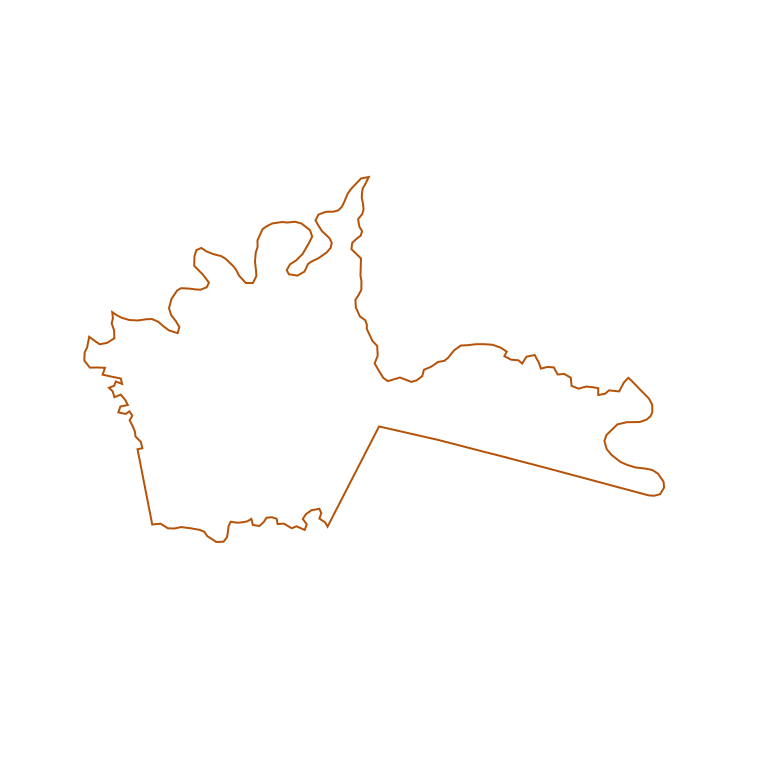 the district of São João, Paraná, Brazil, rotated 105°
{"feature_id": "56859067B79331660525337", "entity_name": "São João", "entity_type": "district", "adm_level": 2, "iso_a3": "BRA", "parent_name": "Brazil", "parent_adm1": "Paraná", "projection": "robinson", "projection_center": [-52.816, -25.741], "detail": "fine", "context": "isolated", "style": "outline", "palette": "amber", "viewbox_px": 768, "rotation_deg": 105, "n_neighbors": 0, "source": "geoboundaries", "source_scale": "gbopen_adm2", "svg_char_len": 3364}
<svg xmlns="http://www.w3.org/2000/svg" viewBox="0 0 768 768"><g transform="rotate(105 384 384)"><path d="M536.4,401.6L426.3,377.8L424.0,317.1L423.6,269.4L423.4,256.9L423.3,237.8L423.1,208.4L423.1,99.7L422.0,94.1L419.0,88.8L411.7,86.7L406.3,88.5L399.7,96.0L397.6,102.9L398.1,109.8L399.5,119.5L399.2,128.3L398.1,135.2L393.8,145.6L389.3,152.0L381.9,156.4L375.6,155.9L362.6,148.1L358.1,139.7L354.5,127.0L350.3,121.0L346.0,118.2L341.7,117.5L334.6,119.6L329.4,124.4L324.0,133.7L317.0,145.3L314.8,149.6L320.5,152.7L325.3,153.8L330.3,154.9L331.9,165.0L336.2,167.9L339.2,174.2L332.6,176.0L333.1,181.8L334.2,188.2L338.1,194.8L337.3,202.3L329.6,205.2L327.6,212.6L329.9,218.7L324.0,224.3L325.3,230.7L328.5,236.4L323.0,240.2L317.0,246.0L320.8,253.5L328.5,255.8L326.3,260.3L327.6,267.4L326.0,274.9L321.0,273.8L318.7,280.6L318.0,289.4L319.6,297.4L321.7,305.3L325.1,313.9L326.9,319.7L333.3,325.0L342.0,328.8L346.0,331.7L348.7,337.5L355.2,343.0L359.9,349.1L366.5,349.1L372.0,353.4L374.9,358.1L373.6,370.3L380.2,381.0L378.3,386.2L373.6,391.3L366.5,398.4L358.4,397.4L349.0,400.4L345.3,406.4L335.3,414.8L331.0,416.0L327.2,418.7L325.0,424.7L317.4,431.0L310.1,433.4L304.8,431.6L298.9,430.3L290.5,432.4L285.3,434.8L273.0,437.7L268.7,438.7L262.1,450.4L255.8,451.2L250.4,447.8L246.6,444.8L241.9,444.8L238.3,448.6L231.5,451.7L225.5,449.0L220.5,449.0L215.1,451.0L210.1,453.6L205.3,454.7L200.9,455.2L194.8,453.6L188.0,452.3L191.4,459.4L203.7,466.1L209.6,468.4L218.5,469.5L223.7,470.6L228.0,473.0L230.5,477.1L232.8,484.9L237.4,491.2L243.7,492.5L247.4,488.9L252.4,483.5L257.2,474.5L261.2,471.0L266.4,470.8L271.9,473.5L279.4,479.8L284.2,485.4L287.6,488.4L296.0,489.9L301.7,495.7L302.6,504.3L299.2,507.4L292.8,505.8L286.9,500.5L279.2,496.2L267.6,493.1L260.3,491.5L254.6,495.2L250.3,505.3L250.3,511.9L253.0,519.1L254.0,524.6L257.8,533.4L262.3,538.5L266.0,541.4L278.0,543.4L284.2,541.6L290.3,541.9L299.2,540.3L307.2,537.1L312.8,535.2L320.4,536.8L322.2,543.7L316.9,552.0L312.2,556.2L309.2,560.0L306.9,564.2L304.2,569.1L302.6,574.2L302.7,582.7L301.9,589.6L299.9,595.7L303.3,599.9L309.9,600.1L319.0,597.9L325.1,587.4L331.4,579.3L336.5,580.3L340.4,585.6L341.4,590.4L342.2,596.5L344.0,604.9L347.4,608.1L356.8,611.3L361.3,611.3L366.5,611.3L372.6,607.4L377.0,601.5L381.9,596.4L388.3,596.5L387.9,605.5L385.4,611.9L382.4,617.9L381.3,624.8L382.8,629.9L386.4,638.4L388.1,646.6L387.9,654.6L386.7,660.0L384.9,665.1L390.6,662.9L396.0,662.7L402.2,658.5L409.7,656.3L416.0,662.2L419.2,669.0L416.9,675.4L414.7,681.0L425.6,680.2L431.0,681.3L439.0,679.5L444.3,672.3L442.2,665.1L440.6,657.7L447.8,658.2L447.4,648.7L446.8,639.7L451.7,637.0L451.0,643.7L455.6,644.2L458.8,648.7L461.3,644.2L466.5,641.0L462.4,635.5L466.5,629.7L470.6,626.0L474.0,632.8L480.1,633.3L479.9,626.0L476.3,622.8L479.7,618.9L484.9,620.3L490.2,615.5L494.7,612.1L499.0,610.5L502.8,603.9L508.6,600.8L510.8,605.2L579.7,571.5L576.8,563.6L579.3,555.4L577.9,549.2L574.7,542.9L573.4,533.3L572.6,524.4L573.2,519.4L576.7,515.3L578.3,510.1L580.0,505.2L577.9,498.2L572.7,496.0L567.3,496.5L561.8,497.3L556.8,496.5L555.9,489.6L554.1,484.7L552.0,480.4L548.6,477.2L554.1,474.2L553.4,467.6L548.4,464.4L543.6,462.9L541.7,457.8L542.0,452.8L546.8,450.5L544.8,444.6L547.2,435.8L544.1,431.6L545.5,422.8L539.5,422.3L535.4,427.5L530.1,425.8L524.7,421.4L521.3,414.1L525.0,411.1L530.7,411.6L532.9,405.1L536.4,401.6Z" fill="none" stroke="#b45309" stroke-width="2"/></g></svg>